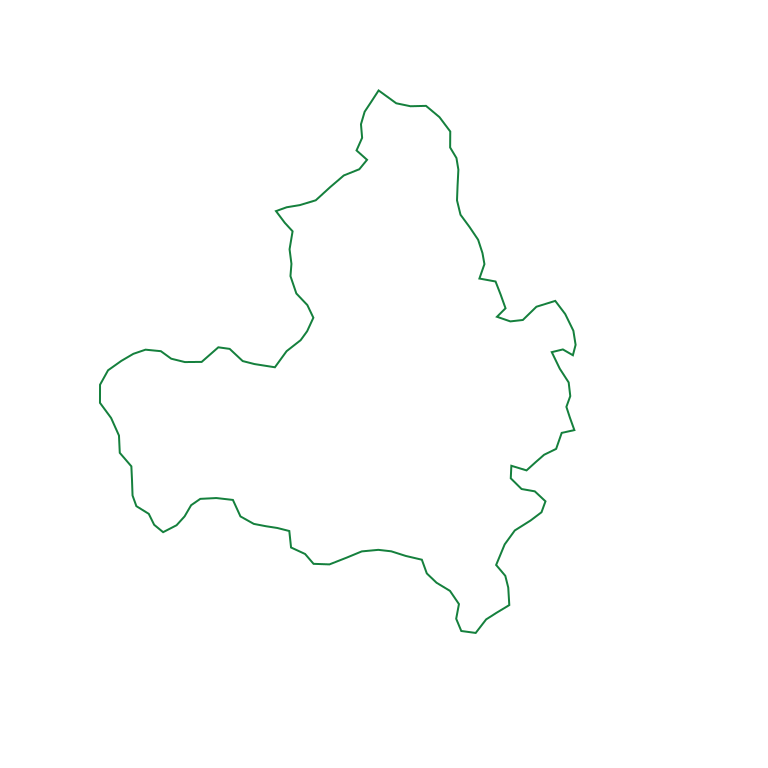 the district of Itamarati de Minas, Minas Gerais, Brazil, rotated 306°
{"feature_id": "56859067B34980418963109", "entity_name": "Itamarati de Minas", "entity_type": "district", "adm_level": 2, "iso_a3": "BRA", "parent_name": "Brazil", "parent_adm1": "Minas Gerais", "projection": "orthographic", "projection_center": [-42.847, -21.427], "detail": "fine", "context": "isolated", "style": "outline", "palette": "green", "viewbox_px": 768, "rotation_deg": 306, "n_neighbors": 0, "source": "geoboundaries", "source_scale": "gbopen_adm2", "svg_char_len": 1786}
<svg xmlns="http://www.w3.org/2000/svg" viewBox="0 0 768 768"><g transform="rotate(306 384 384)"><path d="M201.8,165.3L196.1,183.2L186.5,199.9L173.0,210.7L168.9,228.0L157.9,236.8L146.0,246.1L139.6,255.5L140.7,270.0L135.0,280.8L134.3,292.4L147.8,299.2L159.7,300.5L172.6,299.2L183.1,302.9L193.2,315.4L201.4,329.9L192.5,345.7L194.3,360.9L199.6,372.2L204.8,382.3L209.4,393.8L197.1,404.9L200.1,420.1L197.1,432.7L206.0,445.9L221.8,456.0L235.5,464.4L246.5,476.9L252.9,488.2L257.7,502.7L264.1,517.9L255.9,530.0L254.1,543.3L255.4,559.0L250.0,574.0L236.5,580.4L229.6,591.7L236.5,604.5L253.6,605.0L264.8,609.4L278.8,615.3L292.3,604.2L300.1,594.9L303.5,581.1L325.2,575.9L342.4,575.9L359.7,582.8L372.8,586.8L384.0,583.6L385.8,569.1L379.9,557.0L382.2,542.0L392.7,535.1L397.9,550.1L409.8,552.6L420.8,555.1L432.7,561.4L448.9,556.5L458.6,565.1L466.1,554.1L472.7,545.0L483.7,541.8L493.8,532.5L499.7,517.2L508.4,501.0L517.1,508.4L518.3,519.9L528.3,516.0L538.4,505.9L547.1,489.5L551.9,473.7L536.1,461.9L517.4,458.7L508.9,449.4L504.8,435.9L516.7,437.8L524.9,425.8L532.5,414.0L525.4,399.2L540.0,394.8L547.8,386.7L556.0,375.4L561.3,360.9L565.9,346.4L575.5,335.1L587.6,327.0L601.1,318.2L609.4,309.8L614.2,298.5L627.2,289.2L632.5,272.0L633.7,254.5L624.3,242.2L618.3,228.9L618.3,207.1L604.8,207.8L592.9,208.3L580.6,212.7L570.3,221.6L556.8,224.5L555.4,238.5L543.3,237.8L529.1,228.9L511.5,224.7L492.5,220.8L479.2,210.7L469.8,201.4L460.4,195.0L456.1,209.0L453.8,220.3L437.5,228.4L426.8,238.5L416.3,244.9L405.7,259.9L402.8,275.6L396.1,287.9L381.5,290.8L370.5,290.8L353.3,285.9L333.4,285.9L324.0,267.5L319.5,256.2L321.7,238.5L316.3,228.4L294.7,223.5L284.7,210.0L279.4,197.0L279.4,184.2L271.6,170.9L261.1,163.5L248.3,157.9L232.9,152.7L216.5,154.7L201.8,165.3Z" fill="none" stroke="#15803d" stroke-width="2"/></g></svg>